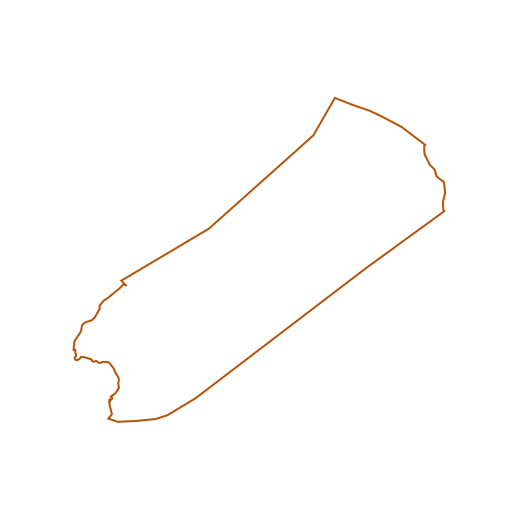 outline of San Martín Toxpalan, Oaxaca, Mexico, rotated 347°
{"feature_id": "50627088B90534025673228", "entity_name": "San Martín Toxpalan", "entity_type": "district", "adm_level": 2, "iso_a3": "MEX", "parent_name": "Mexico", "parent_adm1": "Oaxaca", "projection": "mercator", "projection_center": [-97.067, 18.11], "detail": "fine", "context": "isolated", "style": "outline", "palette": "amber", "viewbox_px": 512, "rotation_deg": 347, "n_neighbors": 0, "source": "geoboundaries", "source_scale": "gbopen_adm2", "svg_char_len": 2203}
<svg xmlns="http://www.w3.org/2000/svg" viewBox="0 0 512 512"><g transform="rotate(347 256 256)"><path d="M449.4,254.7L448.9,252.8L449.4,250.3L450.2,245.7L451.0,244.1L454.5,237.0L455.7,226.3L450.8,220.3L449.8,218.9L449.5,211.9L446.0,206.5L443.1,194.8L444.0,189.2L444.6,186.7L445.9,185.9L426.8,162.9L409.3,147.9L399.3,140.0L384.4,130.7L368.4,119.7L339.1,151.3L305.7,169.7L216.2,218.8L158.5,237.2L127.8,247.0L127.2,247.2L126.1,247.5L123.5,248.4L119.2,249.7L123.2,256.2L121.8,254.5L121.6,254.2L121.3,253.9L119.8,254.2L115.0,257.3L109.4,259.9L109.2,260.0L104.2,262.6L102.4,263.6L97.6,265.2L93.1,268.7L92.4,269.3L91.8,272.3L90.0,274.2L88.0,276.4L84.6,280.1L84.1,280.0L83.9,280.2L83.2,280.7L82.7,281.1L82.3,281.4L81.6,281.6L80.9,281.7L79.1,281.9L78.6,282.0L76.7,282.0L73.8,282.6L71.2,284.0L70.1,286.4L68.9,289.1L68.3,289.9L67.2,291.4L65.8,292.8L65.4,293.1L61.7,296.6L60.9,297.3L59.9,298.3L57.1,306.3L57.1,306.5L57.9,306.2L58.2,306.2L58.7,307.0L58.9,307.2L58.1,309.8L58.2,310.4L58.5,312.2L58.2,312.8L57.1,313.9L56.3,314.6L56.6,316.1L57.3,316.9L58.6,317.3L59.7,316.9L61.5,316.3L62.5,315.4L63.2,314.9L63.7,315.0L65.4,315.8L68.8,317.5L70.9,318.9L71.7,319.1L72.5,320.0L72.6,320.3L72.7,321.6L73.7,322.3L74.3,322.6L76.6,322.3L76.9,322.4L78.3,324.4L78.7,324.7L80.0,325.1L82.4,324.7L82.9,324.7L87.6,326.2L88.5,326.5L88.8,326.8L92.1,333.6L92.7,338.2L93.5,340.4L94.2,342.1L94.5,343.0L94.6,345.2L94.3,346.8L94.2,347.1L94.0,347.3L93.1,348.5L92.9,352.6L92.8,353.5L92.7,353.5L92.1,354.0L91.3,354.9L91.3,355.0L91.0,355.7L88.2,357.9L86.9,358.8L86.6,358.9L85.4,359.3L85.1,359.7L85.0,359.8L83.8,359.9L83.7,359.9L82.9,360.5L83.0,360.7L83.7,361.5L83.8,361.9L83.5,362.7L83.2,363.1L82.8,363.3L81.4,362.9L81.1,362.8L80.9,362.9L80.7,363.2L81.3,364.1L81.2,364.7L80.9,364.8L80.2,365.0L79.9,367.7L80.0,377.7L75.5,381.2L84.1,386.5L101.1,389.6L121.5,392.3L133.9,391.2L135.9,390.5L136.0,390.5L141.9,388.6L143.3,388.1L148.3,386.5L149.4,386.1L149.8,386.0L153.9,384.7L157.2,383.6L159.5,382.8L164.7,381.2L289.5,324.7L307.8,316.4L357.3,294.0L361.3,292.2L368.5,289.2L374.5,286.6L380.4,284.1L383.0,283.0L388.8,280.6L399.4,276.0L404.3,273.9L411.0,271.1L434.1,261.3L435.8,260.5L449.4,254.7Z" fill="none" stroke="#b45309" stroke-width="2"/></g></svg>